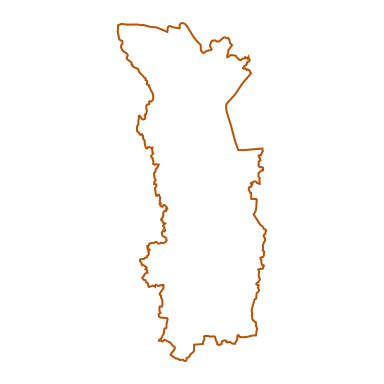 outline of Midongy-Atsimo, Atsimo-Atsinanana, Madagascar
{"feature_id": "10022922B72475763343132", "entity_name": "Midongy-Atsimo", "entity_type": "district", "adm_level": 2, "iso_a3": "MDG", "parent_name": "Madagascar", "parent_adm1": "Atsimo-Atsinanana", "projection": "mercator", "projection_center": [46.981, -23.354], "detail": "fine", "context": "isolated", "style": "outline", "palette": "amber", "viewbox_px": 384, "rotation_deg": 0, "n_neighbors": 0, "source": "geoboundaries", "source_scale": "gbopen_adm2", "svg_char_len": 6007}
<svg xmlns="http://www.w3.org/2000/svg" viewBox="0 0 384 384"><path d="M169.8,26.0L168.7,26.3L167.9,27.4L167.3,31.9L156.9,27.5L149.6,26.7L143.9,25.1L142.3,24.9L141.0,25.3L137.6,24.5L127.1,24.6L121.5,23.9L118.0,25.3L117.8,32.8L119.4,39.4L120.7,40.5L122.2,40.8L122.5,42.0L122.3,43.9L121.1,45.7L121.0,47.0L122.1,49.9L123.5,51.5L125.5,52.4L127.7,54.7L127.7,55.6L126.7,57.6L126.8,58.6L127.9,59.8L131.6,62.6L131.5,64.2L132.3,64.7L131.9,65.4L132.3,66.1L133.8,66.6L134.2,67.5L137.9,68.7L139.6,72.7L142.3,75.2L144.2,77.5L145.5,78.1L145.5,80.0L147.0,80.8L147.3,81.5L146.8,84.3L149.4,85.6L149.1,86.6L152.9,94.0L153.3,97.9L152.6,100.3L150.9,101.7L149.4,101.2L149.1,101.5L149.2,104.0L148.6,104.4L147.3,104.5L146.5,105.2L146.2,107.3L146.9,111.3L146.0,114.3L144.9,114.7L144.6,115.3L145.2,117.1L145.1,118.5L144.6,119.1L143.1,119.5L141.8,118.9L139.7,115.7L138.8,116.0L138.9,118.3L138.3,120.2L138.4,124.1L136.9,126.6L137.1,130.8L137.2,131.4L138.8,132.5L139.7,134.6L140.1,134.8L141.9,134.1L142.5,135.6L143.1,135.8L143.0,138.4L144.5,140.4L144.9,144.8L146.1,148.2L146.9,148.6L148.0,147.3L149.4,146.9L150.8,147.8L152.5,147.6L151.9,149.7L152.6,150.9L152.4,152.2L153.3,153.3L151.4,155.5L151.1,156.5L151.4,157.4L152.6,157.9L152.9,160.3L153.4,161.3L153.2,164.0L154.4,164.7L156.6,164.1L157.6,164.8L158.7,164.7L157.8,166.9L155.7,169.3L155.5,171.7L154.0,173.2L154.3,177.0L155.6,180.3L154.4,181.6L154.1,184.1L155.7,184.1L156.5,184.9L156.0,186.9L154.8,188.5L155.5,190.8L155.4,192.2L156.3,195.8L156.9,195.9L158.2,194.7L159.0,194.7L159.8,197.1L160.3,197.7L159.7,200.7L160.0,202.1L160.8,203.4L160.7,203.9L159.7,204.0L160.5,205.8L162.1,206.9L162.6,206.7L163.6,205.0L164.6,205.0L166.8,207.3L167.3,208.8L166.0,209.1L166.4,210.3L166.0,211.1L164.5,211.0L163.8,211.7L163.1,213.1L163.5,215.3L162.8,216.2L162.7,217.4L161.5,218.6L161.2,219.7L161.3,220.3L162.3,220.3L163.0,222.7L165.2,223.5L163.2,225.3L163.0,225.9L163.9,226.8L165.1,230.6L164.5,231.4L163.1,230.6L161.8,232.6L161.8,233.3L162.5,235.8L166.1,237.9L166.6,240.5L165.0,242.5L163.6,243.0L160.9,242.8L159.7,243.6L158.2,243.6L157.0,242.2L155.6,242.0L153.7,243.0L150.9,243.1L149.2,243.8L148.6,245.8L147.2,246.1L147.2,247.0L148.0,247.7L147.5,249.0L148.0,249.4L149.4,249.4L149.7,249.8L149.6,250.3L148.2,251.4L149.0,253.8L148.1,255.1L147.3,255.6L147.1,257.1L145.3,257.8L144.0,258.8L140.4,259.4L139.9,259.8L140.4,261.8L141.4,262.7L141.9,265.0L142.2,265.3L143.6,265.2L146.6,267.4L146.7,268.1L145.4,269.2L147.3,270.7L147.0,271.6L147.5,272.7L145.9,273.2L144.5,274.3L143.5,276.7L142.5,277.2L142.4,278.2L143.7,279.8L145.5,280.2L146.1,282.2L147.4,282.9L148.2,284.6L148.2,286.1L148.9,287.0L153.1,285.6L155.0,286.7L155.0,285.6L155.8,284.8L156.4,284.8L157.3,285.6L159.4,285.9L160.4,285.1L161.8,285.4L163.1,284.7L163.5,285.0L163.6,287.9L160.0,293.2L159.6,294.6L161.1,295.6L160.9,296.9L162.5,300.6L162.1,302.2L162.6,304.4L161.8,306.7L159.9,306.5L159.4,307.1L159.5,311.0L160.5,313.0L158.7,314.1L158.7,315.4L158.9,316.5L160.5,317.6L166.8,318.0L167.5,318.6L167.6,319.5L166.5,324.1L166.4,327.9L164.6,328.6L164.0,330.8L164.0,332.5L162.0,337.0L161.0,338.8L159.2,339.8L159.0,340.8L161.1,340.7L162.2,341.5L162.8,341.4L164.1,340.0L164.8,339.9L170.5,342.7L172.8,345.8L174.6,346.8L174.8,348.2L174.2,349.8L170.7,354.2L170.7,355.0L175.9,358.5L178.2,358.8L179.4,360.0L183.0,359.7L184.0,360.8L185.3,361.0L186.4,360.5L186.6,358.1L189.5,356.6L189.9,354.9L193.8,351.5L194.1,349.8L194.1,344.7L202.9,344.0L203.2,341.4L204.3,339.4L204.2,336.5L204.6,336.0L208.4,336.0L210.1,336.7L213.4,336.3L214.9,336.6L216.3,341.4L217.3,342.4L217.2,344.0L218.5,345.0L221.5,344.2L221.9,341.3L224.3,340.4L226.4,340.7L226.4,342.1L226.8,342.5L229.8,341.8L232.2,343.5L235.1,343.8L235.4,342.5L237.3,339.3L237.2,336.0L238.4,335.0L239.7,336.9L243.0,337.3L247.3,336.8L253.7,335.3L255.8,335.5L256.0,335.0L256.6,330.6L257.2,328.9L256.0,325.7L255.9,322.2L254.8,321.8L253.0,320.2L252.2,318.9L252.2,317.1L251.8,315.7L252.3,313.7L251.8,311.7L251.7,309.5L254.6,299.3L256.2,298.5L256.6,293.3L258.4,291.7L259.0,290.3L257.9,287.5L258.6,286.2L258.6,285.1L257.1,284.9L256.3,284.3L256.6,283.3L258.7,281.8L259.8,279.4L259.7,278.3L259.0,277.5L259.1,275.9L258.6,275.1L259.2,271.5L258.3,269.6L259.3,269.0L262.8,268.7L263.2,268.0L263.0,266.9L263.9,266.0L263.7,265.3L261.9,264.7L261.2,261.6L261.5,259.9L260.3,258.3L260.3,257.8L262.9,256.9L263.9,255.7L263.8,253.6L264.3,251.7L262.6,250.4L263.2,248.7L262.8,244.8L263.5,244.0L263.8,242.3L265.1,240.9L264.9,238.0L263.9,236.7L263.6,235.8L263.9,234.9L265.3,233.9L265.6,231.9L266.2,230.9L265.5,229.5L264.1,229.2L262.5,226.4L260.2,224.7L253.6,214.3L255.0,212.3L255.8,210.3L256.3,207.3L256.7,199.6L256.2,199.0L251.3,198.9L251.1,192.8L250.1,192.6L249.9,192.2L248.8,189.5L248.8,187.9L249.7,186.9L251.0,186.9L252.3,184.3L251.2,184.2L250.8,183.3L253.0,181.9L254.7,181.4L256.0,181.7L256.6,182.0L257.0,183.0L259.7,183.9L259.4,180.3L259.8,178.5L258.5,176.7L258.5,173.0L262.0,170.2L262.7,170.6L263.1,170.4L263.2,169.7L262.9,167.6L261.3,167.0L259.7,167.3L258.5,165.4L258.7,162.1L259.2,161.2L260.5,160.2L259.9,158.9L260.1,158.1L259.2,157.4L258.6,155.7L259.0,155.3L261.0,155.2L261.5,153.4L262.9,151.1L262.4,150.0L262.5,148.5L243.0,150.2L238.2,150.0L235.2,141.6L231.0,125.6L226.5,111.2L226.2,105.4L226.7,103.7L235.2,94.3L242.1,83.8L251.0,73.4L249.0,69.9L247.5,69.6L246.8,70.1L245.9,68.7L244.3,68.5L243.6,68.8L243.0,68.2L244.6,65.8L246.2,65.1L247.4,62.0L248.0,61.5L248.8,61.7L249.5,61.0L249.6,59.6L248.6,58.1L248.4,57.0L247.5,58.6L245.2,57.0L244.8,58.4L242.6,58.6L240.6,60.3L238.8,59.4L236.8,57.4L236.2,56.2L234.7,55.5L230.6,55.0L228.9,56.6L227.3,57.2L227.1,55.8L228.1,53.2L228.4,50.1L232.1,45.2L230.1,43.2L229.3,39.6L228.5,38.3L228.2,38.0L227.2,38.4L224.8,37.3L223.3,37.6L219.6,41.1L218.0,41.6L216.6,41.4L215.0,40.3L212.0,40.8L211.0,42.2L210.0,45.4L210.4,47.1L211.5,48.7L211.6,49.5L210.8,50.0L206.6,51.0L203.5,53.1L201.9,51.9L200.8,49.9L200.7,44.9L197.1,41.4L193.5,36.8L187.4,26.8L185.2,24.1L182.7,23.0L180.7,23.4L179.7,24.8L179.5,26.0L179.9,27.6L179.7,28.2L179.2,28.4L172.3,27.1L169.8,26.0Z" fill="none" stroke="#b45309" stroke-width="2"/></svg>